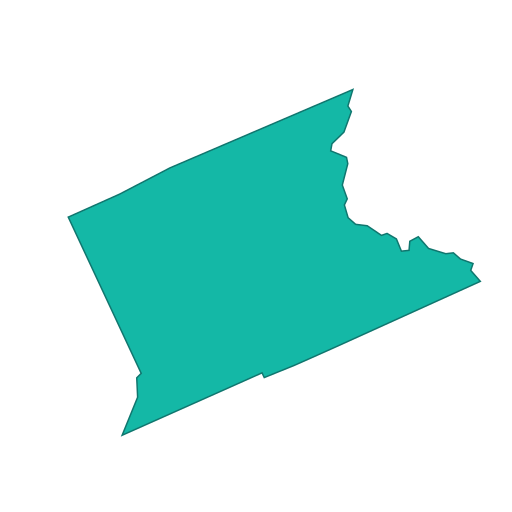 the district of Piute, Utah, United States of America, rotated 156°
{"feature_id": "52423323B20022014337475", "entity_name": "Piute", "entity_type": "district", "adm_level": 2, "iso_a3": "USA", "parent_name": "United States of America", "parent_adm1": "Utah", "projection": "robinson", "projection_center": [-112.292, 38.329], "detail": "fine", "context": "isolated", "style": "filled", "palette": "teal", "viewbox_px": 512, "rotation_deg": 156, "n_neighbors": 0, "source": "geoboundaries", "source_scale": "gbopen_adm2", "svg_char_len": 641}
<svg xmlns="http://www.w3.org/2000/svg" viewBox="0 0 512 512"><g transform="rotate(156 256 256)"><path d="M61.4,141.6L65.7,155.5L60.8,160.8L70.4,170.0L74.4,178.6L81.7,180.9L95.3,192.7L99.9,207.6L109.5,206.9L113.9,198.9L121.2,201.3L120.8,214.5L127.1,223.3L133.0,223.8L142.1,238.4L152.1,244.4L156.3,253.5L154.5,266.7L149.4,271.1L148.3,285.7L134.6,303.0L133.2,309.3L145.0,321.7L140.9,327.7L125.3,333.4L110.1,349.2L111.1,355.6L99.8,368.7L298.7,371.5L355.5,368.0L411.7,367.9L408.6,195.5L414.5,193.2L421.6,175.1L451.2,146.7L298.0,146.8L297.9,141.6L264.9,140.5L223.7,140.5L61.4,141.6Z" fill="#14b8a6" stroke="#0f766e" stroke-width="1.5"/></g></svg>